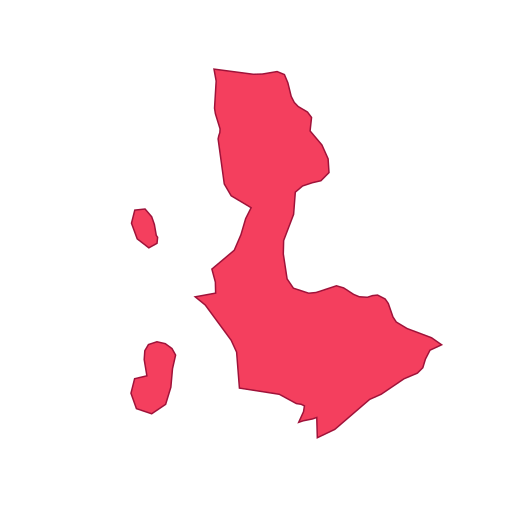 map outline of Nueva Esparta (Robinson projection), rotated 75°
{"feature_id": "VEN-48", "entity_name": "Nueva Esparta", "entity_type": "State", "adm_level": 1, "iso_a3": "VEN", "parent_name": "Venezuela", "parent_adm1": "", "projection": "robinson", "projection_center": [-64.068, 10.956], "detail": "fine", "context": "isolated", "style": "filled", "palette": "rose", "viewbox_px": 512, "rotation_deg": 75, "n_neighbors": 0, "source": "natural_earth", "source_scale": "10m", "svg_char_len": 1448}
<svg xmlns="http://www.w3.org/2000/svg" viewBox="0 0 512 512"><g transform="rotate(75 256 256)"><path d="M410.9,130.4L412.9,144.8L421.9,170.8L423.9,183.3L443.8,224.6L447.4,243.8L427.7,239.1L428.0,243.7L427.4,253.2L427.7,257.8L418.7,250.4L413.3,248.0L410.9,250.8L409.0,255.2L395.6,269.3L379.3,306.2L343.8,299.6L330.9,301.8L290.2,317.7L279.7,325.3L281.4,304.6L270.7,302.0L257.2,302.0L244.8,275.5L231.5,265.0L217.2,256.3L208.1,248.2L191.4,264.4L178.2,268.0L133.1,262.3L130.0,260.7L127.5,259.0L123.9,257.8L108.1,258.4L102.5,257.8L76.7,249.2L64.6,248.2L79.8,211.5L81.9,202.7L83.3,187.9L88.1,181.6L97.0,180.4L110.9,180.7L117.6,179.3L122.5,176.6L130.3,169.0L136.6,166.5L149.2,171.4L165.8,163.6L180.8,161.2L194.3,163.9L200.1,173.8L199.8,182.6L200.4,192.9L204.5,201.5L225.5,208.9L248.2,225.3L261.1,229.1L286.2,231.9L296.8,228.2L305.6,214.7L306.8,207.4L305.6,186.0L309.5,179.6L318.4,171.6L322.1,166.8L324.7,159.1L324.4,153.7L325.2,148.7L330.9,142.4L336.1,140.5L350.3,139.5L356.1,137.6L365.2,128.8L380.5,107.5L389.8,99.7L392.0,112.3L399.4,119.0L407.1,123.8L410.9,130.4ZM330.9,359.3L343.2,365.8L360.7,372.2L375.9,381.7L381.4,397.6L372.5,411.0L356.2,412.3L343.1,405.0L343.5,392.4L327.1,390.8L318.7,387.9L313.7,382.8L313.2,373.9L317.2,366.3L323.7,361.1L330.9,359.3ZM212.5,346.2L218.1,348.3L220.4,357.4L208.7,366.3L192.1,367.8L180.3,361.2L181.9,351.0L191.1,346.6L199.2,346.0L210.3,347.0L212.5,346.2Z" fill="#f43f5e" stroke="#9f1239" stroke-width="1.5"/></g></svg>